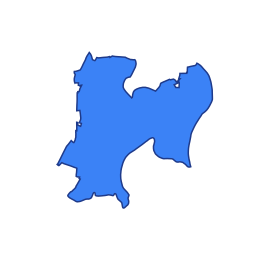 the district of Duy Tien, Hà Nam, Vietnam, rotated 27°
{"feature_id": "81297802B7902592700170", "entity_name": "Duy Tien", "entity_type": "district", "adm_level": 2, "iso_a3": "VNM", "parent_name": "Vietnam", "parent_adm1": "Hà Nam", "projection": "natural_earth1", "projection_center": [105.971, 20.625], "detail": "fine", "context": "isolated", "style": "filled", "palette": "blue", "viewbox_px": 256, "rotation_deg": 27, "n_neighbors": 0, "source": "geoboundaries", "source_scale": "gbopen_adm2", "svg_char_len": 5799}
<svg xmlns="http://www.w3.org/2000/svg" viewBox="0 0 256 256"><g transform="rotate(27 128 128)"><path d="M159.3,187.2L156.6,185.7L152.5,184.2L151.5,183.8L150.5,183.2L150.0,182.8L149.7,182.6L148.1,180.8L146.1,178.5L144.6,176.5L143.8,175.1L142.6,172.9L141.1,169.1L140.4,166.8L139.6,162.9L139.4,161.9L139.2,160.3L139.1,158.3L139.2,155.6L139.4,154.5L139.7,153.3L140.2,151.5L140.7,150.2L141.2,149.1L143.9,144.6L144.7,142.9L147.9,136.7L149.2,134.0L150.2,131.8L150.8,130.8L151.2,129.8L152.1,127.9L152.9,126.9L154.0,125.7L154.5,125.4L155.0,125.4L155.4,125.4L156.1,125.7L156.5,126.0L157.0,126.6L157.8,127.8L158.1,128.8L158.7,131.3L158.9,132.5L159.4,133.5L160.1,134.8L160.9,135.9L161.4,136.5L162.5,137.3L163.9,138.4L164.8,138.8L165.6,139.0L167.0,139.4L168.7,139.7L169.8,139.7L172.1,139.5L173.2,139.3L173.6,139.2L174.2,138.9L175.2,138.3L176.5,137.6L176.8,137.4L178.2,136.8L180.4,135.8L181.1,135.5L181.6,135.4L182.0,135.4L182.4,135.4L182.7,135.4L183.5,135.7L184.4,135.9L186.0,136.2L186.4,136.2L186.9,136.1L187.4,135.9L188.0,135.7L189.3,134.7L190.0,134.4L192.2,133.8L192.7,133.8L194.2,134.1L195.2,134.2L196.0,134.4L196.5,134.6L198.4,135.3L198.9,135.3L199.3,135.3L199.7,135.2L200.1,135.1L200.4,134.9L200.9,134.6L201.5,134.0L199.8,132.2L198.4,130.3L196.3,127.8L194.8,125.7L194.1,124.7L193.2,123.2L191.9,120.5L191.0,118.3L190.3,116.2L189.8,114.5L189.1,111.8L188.5,109.7L187.8,107.3L187.1,105.3L186.8,103.5L186.7,102.8L186.6,100.5L186.5,97.4L186.5,94.8L186.6,92.6L187.1,87.1L187.5,84.2L187.6,82.2L187.8,81.5L188.2,80.6L188.7,79.6L189.0,79.0L189.6,77.4L189.8,76.8L190.0,76.2L190.2,75.0L190.4,74.0L190.6,71.3L190.6,68.8L190.6,66.9L190.4,65.2L190.3,64.7L190.2,64.2L189.7,63.2L188.9,61.7L186.6,57.5L185.8,56.0L184.8,54.5L183.7,53.0L181.7,50.3L180.8,49.2L179.6,47.9L177.7,46.0L176.4,44.8L175.2,44.0L173.5,43.0L170.8,41.9L168.6,41.1L165.7,39.9L164.5,39.5L163.7,39.3L161.3,39.0L160.0,39.0L160.0,40.3L159.8,41.3L159.5,41.8L155.5,45.0L154.3,46.1L153.7,46.5L153.4,46.8L154.3,48.9L155.5,51.3L155.0,51.7L155.5,52.6L154.0,53.4L150.8,55.1L149.5,55.8L150.0,56.9L150.3,57.8L150.5,59.0L150.9,61.3L152.0,60.6L151.7,62.0L151.5,62.6L151.4,63.0L151.6,63.1L152.8,64.2L153.2,64.6L153.9,66.0L155.1,68.8L152.2,70.2L149.5,68.5L152.1,65.2L150.7,63.9L150.5,64.2L150.1,65.0L148.5,64.0L148.0,63.9L147.2,63.8L146.3,63.8L144.6,65.2L143.9,65.8L143.3,65.8L142.9,65.8L141.9,67.0L141.7,67.3L141.3,67.8L140.8,68.3L139.7,69.7L138.9,70.6L137.2,72.8L136.9,73.3L136.9,73.5L137.0,74.3L137.2,75.1L137.3,75.4L137.3,75.9L137.3,76.4L137.1,77.8L137.0,78.3L136.6,79.7L136.3,81.0L135.8,82.6L130.9,82.9L128.3,83.1L125.0,83.9L122.8,85.0L120.1,87.1L118.1,89.3L117.0,91.0L116.7,91.8L116.5,93.1L116.6,94.2L117.0,96.1L117.6,97.7L117.9,98.7L117.6,99.5L117.2,99.3L116.7,99.2L112.4,97.7L109.3,96.5L107.8,95.7L106.7,95.1L105.8,94.4L105.1,93.7L104.5,92.5L103.9,91.0L103.6,89.9L103.4,87.5L103.4,86.3L103.7,84.6L105.1,82.8L106.8,81.5L107.0,78.9L106.9,70.4L106.3,67.8L105.8,66.7L104.5,65.0L103.6,64.2L102.7,64.2L101.8,64.8L100.3,65.3L99.4,65.8L95.6,66.2L93.4,66.2L91.7,66.9L84.4,70.0L82.4,70.7L81.3,71.0L80.9,71.7L79.9,73.3L79.2,72.7L77.3,74.3L73.8,76.4L70.0,78.9L68.2,79.4L68.1,82.3L67.9,83.0L66.9,83.2L65.6,83.2L65.2,83.1L64.1,81.9L63.3,81.0L62.6,80.3L61.7,79.6L60.8,79.0L60.1,78.7L59.2,78.3L59.1,79.8L58.9,81.4L58.8,82.4L58.8,84.4L59.1,86.7L59.1,91.7L59.2,93.5L59.2,96.0L59.1,97.9L57.5,99.6L55.8,101.2L54.5,102.0L54.7,102.6L55.0,103.1L55.5,103.7L55.9,103.9L56.5,104.1L56.6,104.3L56.8,104.5L57.4,107.3L57.6,108.0L57.7,108.4L57.9,108.8L58.3,109.6L58.9,110.5L59.4,111.2L59.7,111.5L60.4,112.1L60.5,111.9L60.6,111.7L61.1,111.4L61.8,111.1L63.4,110.3L63.9,111.5L64.4,112.5L65.2,112.2L65.5,112.3L66.0,112.4L66.3,111.8L66.4,111.6L66.6,111.3L67.1,110.9L67.3,110.8L67.3,112.1L67.3,114.0L67.3,114.4L67.4,115.3L67.7,116.4L67.9,117.7L67.6,117.9L66.8,118.4L67.3,119.5L66.8,119.8L68.3,122.9L69.5,125.2L70.9,128.1L72.0,130.6L74.5,135.9L77.1,134.2L78.7,136.4L81.2,140.2L81.7,141.2L81.8,141.6L82.0,142.2L82.2,144.5L82.3,145.4L84.4,145.1L84.8,146.8L85.0,148.0L81.8,148.2L81.0,146.5L80.7,145.9L79.7,146.2L82.1,150.7L83.6,153.7L82.7,154.0L83.1,154.8L83.5,155.7L84.2,156.8L85.0,158.6L85.5,159.5L85.8,160.3L85.9,161.2L86.3,162.5L86.4,163.9L86.4,165.3L86.4,165.5L86.1,165.7L85.5,165.7L83.1,165.0L82.3,169.4L81.6,172.2L81.6,178.7L81.7,187.1L81.7,190.7L81.7,191.8L81.4,192.6L82.0,192.8L82.7,192.9L83.2,192.9L83.3,192.3L83.7,192.4L84.0,191.4L84.3,190.4L84.8,188.9L87.0,188.9L93.5,187.9L96.1,187.6L97.5,187.5L100.1,187.1L100.7,187.1L102.4,191.1L103.0,192.9L103.8,194.6L104.6,194.6L105.5,194.4L107.2,193.7L107.4,195.2L108.6,195.2L108.2,203.1L108.1,203.3L108.4,204.9L108.3,205.1L107.8,206.9L107.0,209.0L106.9,209.6L106.4,210.5L105.8,211.0L105.7,211.6L105.3,212.9L105.0,214.7L105.0,215.4L105.2,215.7L105.5,216.0L106.5,216.4L107.9,216.7L109.9,216.8L112.3,216.8L114.7,217.0L115.2,217.0L115.8,216.9L116.3,216.8L116.7,216.5L117.8,215.8L118.9,214.9L120.0,213.7L122.2,211.1L123.0,210.4L124.1,209.7L125.3,209.1L126.0,208.4L126.4,207.9L126.7,207.5L127.0,206.6L127.0,205.9L126.9,204.0L126.7,202.2L126.7,201.8L126.8,201.4L127.0,201.0L127.3,200.8L127.7,200.8L128.1,200.9L128.4,201.2L129.3,202.6L129.6,202.8L130.3,202.9L131.0,202.7L132.5,202.1L135.0,200.6L138.4,198.4L140.2,197.0L140.9,196.4L141.7,196.1L143.2,195.6L144.1,195.4L144.8,195.3L145.0,195.2L145.4,195.0L145.6,194.8L145.7,194.6L145.7,194.4L145.8,193.5L145.8,192.9L145.9,192.6L146.1,192.5L146.5,192.3L146.9,192.3L147.4,192.5L148.2,193.2L149.3,194.3L150.5,195.3L151.3,195.9L152.1,196.2L153.4,196.5L155.3,197.0L156.1,197.3L156.6,197.7L159.0,200.8L159.6,201.3L160.0,201.4L160.6,201.2L160.8,200.9L161.1,200.6L161.3,200.1L162.1,197.9L162.6,196.8L162.7,196.2L162.7,195.6L162.7,194.9L162.2,193.6L161.8,192.8L160.7,191.6L160.1,190.8L159.8,190.3L159.7,189.7L159.6,188.8L159.5,188.0L159.4,187.4L159.3,187.2Z" fill="#3b82f6" stroke="#1e3a8a" stroke-width="1.5"/></g></svg>